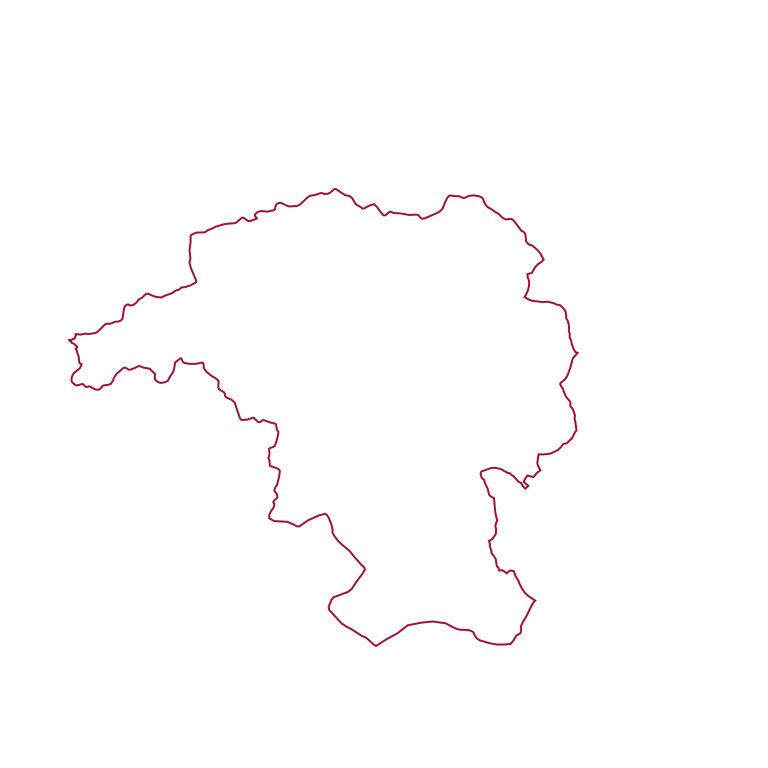 the district of Bac Ha, Lào Cai, Vietnam, rotated 131°
{"feature_id": "81297802B71116262659242", "entity_name": "Bac Ha", "entity_type": "district", "adm_level": 2, "iso_a3": "VNM", "parent_name": "Vietnam", "parent_adm1": "Lào Cai", "projection": "mercator", "projection_center": [104.318, 22.502], "detail": "fine", "context": "isolated", "style": "outline", "palette": "rose", "viewbox_px": 768, "rotation_deg": 131, "n_neighbors": 0, "source": "geoboundaries", "source_scale": "gbopen_adm2", "svg_char_len": 6166}
<svg xmlns="http://www.w3.org/2000/svg" viewBox="0 0 768 768"><g transform="rotate(131 384 384)"><path d="M560.7,382.5L559.4,376.8L551.4,366.5L549.5,360.5L548.6,356.5L547.1,354.5L536.7,351.9L525.9,346.9L520.6,343.3L520.3,341.5L521.3,337.7L524.4,331.8L527.6,327.3L529.6,325.8L531.0,322.7L532.5,316.1L532.8,310.7L532.6,300.1L533.7,294.5L535.3,282.7L535.3,278.7L536.5,276.8L541.5,275.7L551.0,275.1L559.9,273.9L564.4,274.7L577.9,282.1L581.2,282.1L588.6,279.5L590.5,277.1L592.5,258.6L591.6,252.6L590.4,247.7L588.7,235.6L587.2,231.0L587.4,221.0L587.0,218.2L574.9,214.6L563.0,210.2L550.5,207.8L539.2,198.9L531.3,191.4L524.3,180.8L521.8,170.6L520.2,166.3L513.8,158.0L512.8,154.6L512.9,153.2L513.9,151.4L515.1,147.3L514.8,143.9L510.5,134.6L506.6,127.9L501.7,122.3L497.2,118.0L492.6,118.0L487.3,119.0L482.3,117.5L479.7,119.0L477.0,121.8L470.5,123.5L466.6,124.0L452.5,127.7L450.0,127.9L448.3,127.7L449.4,136.5L449.0,141.8L447.5,146.6L445.3,151.9L444.6,152.8L442.7,158.7L440.1,163.2L441.4,165.7L442.2,166.5L446.4,167.2L446.5,170.0L447.0,172.6L449.2,174.8L447.6,177.0L447.5,179.3L442.8,184.9L441.9,187.7L441.0,192.2L440.0,192.9L436.7,198.0L435.4,198.8L433.4,202.0L432.4,201.3L430.0,200.6L423.9,201.2L422.7,202.0L419.7,204.4L418.7,206.2L417.7,207.1L414.5,208.5L413.3,208.7L412.3,209.5L409.8,213.3L406.0,217.9L398.0,226.0L398.9,230.2L398.4,232.4L395.2,236.7L392.2,243.5L391.0,245.0L390.6,245.8L390.7,248.2L390.4,249.2L388.2,252.4L386.2,253.1L377.0,248.0L374.1,244.7L371.3,239.5L370.8,236.0L369.9,232.3L368.8,230.5L369.0,228.7L368.6,225.5L369.6,218.8L368.8,215.5L370.1,211.4L370.3,208.7L366.1,208.2L366.3,214.3L362.6,215.3L359.0,215.7L356.3,210.3L354.5,210.1L351.3,210.3L346.5,209.4L344.0,215.3L342.8,216.7L335.6,221.2L333.0,217.9L327.5,212.8L320.2,209.6L315.6,209.0L311.3,209.3L309.7,207.7L308.2,207.1L301.4,206.6L295.3,208.2L292.7,208.3L287.1,214.7L285.9,216.6L284.8,217.7L282.4,219.3L279.0,225.2L278.5,228.9L275.8,231.1L275.1,232.4L274.2,238.4L271.5,244.0L270.2,245.7L269.2,249.8L268.4,251.1L267.2,251.4L261.3,250.4L257.4,251.1L250.0,253.8L240.8,258.3L233.5,258.3L234.3,260.8L233.4,263.4L230.7,268.5L228.4,271.3L226.7,274.9L224.5,276.4L222.6,279.4L219.3,282.0L217.6,284.0L215.8,286.7L214.9,289.6L212.4,291.8L210.0,294.8L209.1,298.7L209.0,302.7L210.7,305.5L211.6,308.8L214.6,314.6L217.6,317.3L224.1,326.9L225.5,331.0L226.1,335.0L224.2,335.2L219.3,336.6L214.7,339.0L211.0,342.1L209.1,345.7L206.9,347.8L203.1,345.3L196.6,346.6L192.7,346.4L188.8,345.3L185.4,345.1L182.9,351.8L182.2,355.9L182.2,361.9L182.5,363.5L183.7,366.4L183.4,369.3L183.0,370.6L179.0,374.6L177.8,376.7L177.6,378.9L178.2,380.8L175.5,393.6L175.8,395.9L177.0,397.5L179.8,399.9L180.8,403.6L180.4,409.5L181.1,412.7L181.6,417.6L182.5,422.1L182.4,423.5L181.5,426.5L179.1,431.5L179.0,432.4L180.0,435.6L182.8,440.0L185.8,442.9L191.4,445.7L192.7,449.6L193.5,451.1L196.3,454.4L197.4,456.5L198.5,457.9L199.9,458.4L202.2,458.3L206.6,457.2L212.5,455.1L215.6,454.8L218.5,455.5L222.0,457.0L232.7,462.2L234.1,463.4L234.7,464.9L234.1,467.7L234.2,469.5L235.3,471.1L239.9,475.9L244.9,484.2L247.5,487.3L248.7,489.1L249.4,491.8L250.5,492.8L255.4,493.6L256.8,494.5L257.0,496.2L255.1,505.3L254.7,509.5L259.9,512.5L264.9,514.4L265.6,515.2L265.9,518.5L266.9,523.0L264.7,529.7L264.6,532.2L264.8,533.2L267.1,537.6L268.4,548.2L269.4,549.3L275.1,550.2L277.3,551.3L279.6,553.2L280.2,555.4L281.4,557.0L286.6,560.1L290.3,563.1L292.7,564.0L304.1,565.2L306.8,566.5L312.0,571.8L313.0,573.8L314.9,580.6L316.3,582.1L318.2,582.9L319.5,583.0L321.4,582.3L323.6,581.0L325.1,581.1L330.5,585.2L334.2,590.4L337.3,592.3L340.9,592.7L342.0,591.1L342.2,589.1L342.6,588.5L348.5,591.7L350.1,593.3L350.7,598.6L351.1,599.8L351.7,600.3L353.4,600.6L358.8,601.3L360.5,602.1L365.1,606.7L369.0,610.0L375.8,614.3L379.2,615.6L383.6,617.9L387.1,618.7L392.7,624.8L394.9,626.0L398.3,627.3L399.0,627.2L404.1,622.8L410.5,618.7L416.2,612.5L420.1,610.4L423.4,605.4L429.1,593.7L429.6,593.0L430.8,592.6L437.2,595.0L438.4,596.0L441.4,597.6L443.8,600.1L447.5,600.7L450.4,602.7L454.9,603.6L460.3,606.9L464.9,608.9L467.9,613.3L470.0,618.9L470.1,620.3L470.9,621.6L471.9,622.5L473.1,622.9L477.6,623.2L481.2,624.5L485.1,624.3L488.7,625.0L491.0,626.7L491.9,629.4L493.3,630.3L494.4,630.5L496.4,630.2L497.9,629.5L506.2,624.2L508.6,624.2L510.6,625.1L513.7,627.9L518.4,630.3L519.6,632.0L521.6,633.6L532.0,634.4L533.9,634.8L535.5,635.8L540.5,640.0L541.6,642.1L545.9,645.5L547.3,647.8L548.8,649.4L549.7,648.3L551.2,648.1L552.6,647.2L554.1,648.3L556.0,648.8L557.2,650.5L557.7,649.8L557.3,647.9L557.8,646.6L557.1,644.8L557.1,640.5L557.7,639.5L559.8,639.8L560.4,637.6L562.1,635.3L563.2,633.0L567.9,627.8L567.9,626.7L567.4,625.4L571.1,623.9L580.0,625.2L583.7,624.1L586.2,622.3L587.1,621.2L587.4,619.4L587.1,615.9L586.5,614.7L582.3,612.0L581.5,611.0L581.9,608.4L581.7,607.1L580.8,606.0L579.5,605.3L578.9,604.5L577.7,599.0L576.9,597.3L575.8,595.9L574.3,595.1L570.0,595.1L568.8,594.5L565.8,591.8L563.0,590.2L559.1,590.8L556.2,592.0L551.8,592.5L543.0,591.2L541.7,590.4L541.2,589.2L540.8,586.5L539.6,584.8L538.1,583.9L531.5,580.9L530.6,579.9L529.7,576.8L526.2,570.8L526.7,563.3L528.8,561.9L530.1,560.5L530.9,559.4L531.0,557.9L530.9,556.3L529.8,553.4L527.1,551.0L523.6,549.2L518.3,550.4L513.9,550.9L510.7,552.1L504.8,555.7L498.6,554.6L497.8,554.1L497.9,553.2L499.3,550.4L499.0,548.2L495.2,542.4L491.4,538.5L487.3,535.5L486.8,534.1L488.4,532.1L489.9,530.7L490.6,529.0L491.3,525.4L491.0,518.9L490.3,515.9L490.1,513.5L490.2,510.8L495.0,507.1L496.3,505.1L495.3,500.3L495.3,499.0L496.0,497.5L497.1,496.2L497.5,495.1L497.5,494.1L496.0,489.0L495.8,484.8L504.2,470.5L504.7,468.6L504.4,467.6L500.3,463.6L495.3,460.8L494.9,459.7L495.3,455.5L495.2,453.7L493.3,452.2L491.0,452.0L490.0,450.8L487.6,444.4L485.3,440.1L485.3,439.0L488.6,435.1L489.3,432.5L490.6,431.4L494.5,429.2L500.1,426.6L502.7,425.9L504.3,426.3L506.8,427.9L508.3,428.2L511.4,425.0L512.9,423.9L515.9,422.5L516.8,420.3L520.4,416.7L520.4,415.8L517.9,409.6L517.4,407.1L517.8,405.8L518.7,405.0L522.2,402.7L530.2,398.6L532.8,398.3L536.0,397.2L536.6,396.5L537.6,392.3L539.3,390.2L540.8,389.9L543.5,390.6L545.5,390.2L546.0,389.9L546.4,388.0L548.8,386.6L551.1,386.0L553.9,385.9L557.9,384.8L560.7,382.5Z" fill="none" stroke="#9f1239" stroke-width="2"/></g></svg>